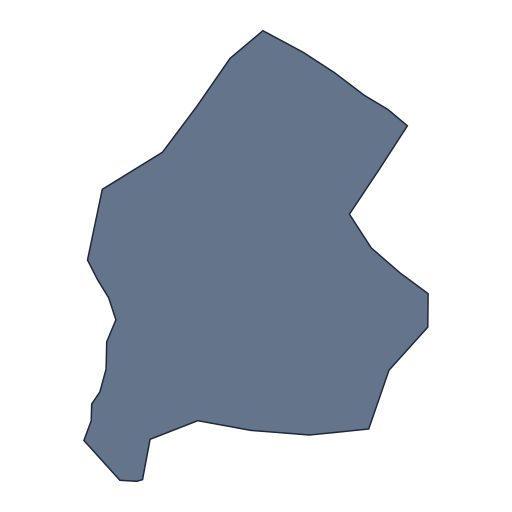 Daşkəsən, orthographic projection
{"feature_id": "AZE-1677", "entity_name": "Daşkəsən", "entity_type": "District", "adm_level": 1, "iso_a3": "AZE", "parent_name": "Azerbaijan", "parent_adm1": "", "projection": "orthographic", "projection_center": [45.99, 40.464], "detail": "fine", "context": "isolated", "style": "filled", "palette": "slate", "viewbox_px": 512, "rotation_deg": 0, "n_neighbors": 0, "source": "natural_earth", "source_scale": "10m", "svg_char_len": 565}
<svg xmlns="http://www.w3.org/2000/svg" viewBox="0 0 512 512"><path d="M136.8,481.3L119.9,480.3L83.9,440.5L91.2,420.8L91.7,404.0L99.9,391.8L106.1,369.0L106.7,341.9L115.9,319.8L108.6,297.7L97.4,279.4L87.5,260.0L102.3,189.3L162.5,152.2L196.5,106.8L230.1,58.3L262.9,30.7L303.3,52.4L334.5,72.7L364.4,95.4L387.9,109.5L407.4,125.8L379.8,168.5L349.4,214.2L371.3,248.0L399.9,272.8L428.1,293.7L427.8,327.1L389.0,370.2L368.7,429.0L309.5,435.0L250.9,430.4L197.7,420.7L150.1,439.3L142.6,479.2L142.6,479.6L136.8,481.3Z" fill="#64748b" stroke="#1e293b" stroke-width="1.5"/></svg>